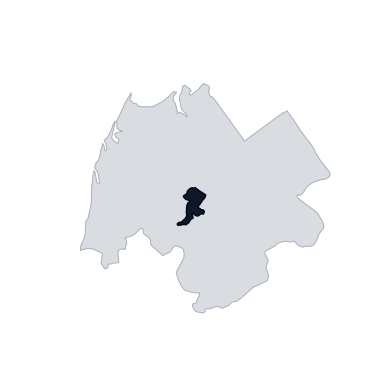 Offouè-Onoyè, Ogooué-Lolo, Gabon (highlighted), rotated 54°
{"feature_id": "22940354B26580795617541", "entity_name": "Offouè-Onoyè", "entity_type": "district", "adm_level": 2, "iso_a3": "GAB", "parent_name": "Gabon", "parent_adm1": "Ogooué-Lolo", "projection": "albers", "projection_center": [11.91, -1.081], "detail": "fine", "context": "in_parent", "style": "filled", "palette": "ink", "viewbox_px": 384, "rotation_deg": 54, "n_neighbors": 0, "source": "geoboundaries", "source_scale": "gbopen_adm2", "svg_char_len": 5990}
<svg xmlns="http://www.w3.org/2000/svg" viewBox="0 0 384 384"><g transform="rotate(54 192 192)"><path d="M260.4,73.0L260.2,75.8L257.0,82.7L255.5,87.9L255.1,93.6L256.0,98.1L257.5,101.3L258.5,104.8L257.8,107.3L256.2,108.3L257.3,109.5L259.6,109.8L263.5,108.8L269.6,106.9L277.6,104.2L282.8,102.8L291.4,103.7L296.1,104.7L298.4,106.6L300.9,114.7L302.2,116.0L304.3,119.4L306.0,123.5L306.4,125.6L306.2,127.1L304.4,129.4L302.5,132.6L301.8,134.6L300.1,136.1L298.0,137.5L292.2,138.1L291.4,139.0L289.7,142.5L286.7,145.4L285.3,148.2L284.1,151.9L284.3,156.6L283.7,163.2L283.0,167.7L284.6,169.3L291.4,170.4L292.8,171.3L294.6,174.1L296.9,176.7L303.2,178.4L305.7,180.4L307.7,182.6L307.9,184.4L306.5,191.7L305.1,198.6L305.6,203.9L306.1,208.9L306.8,216.3L306.5,220.8L304.7,223.5L304.7,225.7L305.5,228.3L303.9,235.4L302.9,236.6L300.1,238.0L298.6,239.9L298.1,242.9L296.6,247.0L295.0,248.5L295.0,250.5L296.5,251.9L296.5,254.0L293.7,256.6L292.0,258.5L288.3,259.5L284.0,258.5L283.0,257.0L284.0,254.8L283.6,253.0L282.2,251.2L279.9,246.4L277.9,245.3L276.7,247.3L273.2,251.0L267.1,255.6L262.8,256.0L254.8,254.6L248.1,252.3L245.0,246.8L243.0,242.3L240.2,237.0L237.0,234.5L233.6,232.9L232.0,232.8L227.2,235.7L225.7,236.9L225.7,239.3L226.2,241.6L226.9,242.7L227.6,244.2L227.4,246.5L226.6,249.6L226.3,253.0L211.0,256.3L208.3,255.1L206.4,253.6L204.1,253.8L197.4,255.6L195.0,254.4L192.6,253.5L191.5,254.2L191.4,255.7L192.5,263.6L192.1,266.6L190.6,270.6L189.9,273.3L193.9,274.0L195.4,275.3L196.8,277.3L198.8,279.2L198.9,280.3L196.7,282.4L195.9,284.9L197.0,286.9L199.7,289.0L203.8,291.2L205.7,292.6L205.5,293.9L203.7,296.7L203.0,299.1L201.7,301.2L201.9,303.1L203.8,304.9L203.6,306.6L202.3,307.8L199.8,307.5L197.7,307.7L195.8,307.2L189.8,300.9L188.5,300.7L179.9,305.6L177.7,307.6L176.0,310.4L173.6,316.6L169.6,313.0L166.2,306.4L162.3,302.4L154.0,295.8L151.7,291.0L142.2,280.4L128.5,269.8L118.6,260.6L117.1,258.6L118.8,258.8L128.3,263.4L129.6,262.9L130.7,261.8L126.6,259.4L122.7,257.6L119.0,256.4L115.3,256.5L113.2,254.5L111.8,251.6L111.2,249.0L109.5,246.4L104.3,240.9L103.0,238.8L100.1,236.0L101.9,235.6L107.5,238.3L108.0,237.2L107.5,235.6L101.8,233.0L98.8,232.8L98.1,231.0L98.5,228.9L94.4,220.9L90.2,215.0L89.5,212.1L100.9,225.1L102.4,225.3L104.4,225.2L109.1,223.7L108.2,222.0L106.1,220.1L104.0,221.0L101.3,221.2L99.9,220.4L99.3,219.1L102.0,212.8L100.8,213.1L100.0,214.2L98.5,214.7L96.2,215.1L90.7,211.7L85.7,202.6L84.4,200.8L83.1,197.6L81.8,196.3L76.1,183.4L78.3,184.3L80.8,188.1L85.9,187.3L87.8,185.1L89.5,185.2L91.3,184.7L93.5,182.6L99.9,173.7L101.6,162.0L101.0,155.0L100.0,148.1L102.1,145.9L103.0,147.3L103.4,149.8L104.4,151.6L106.7,153.2L111.0,153.6L117.6,156.2L119.9,157.8L120.6,154.6L128.1,151.8L125.8,150.8L119.1,151.9L109.8,147.8L106.8,145.1L103.9,140.1L100.9,137.5L101.1,135.2L107.8,133.0L109.5,133.2L110.2,135.8L112.0,136.9L112.7,136.5L113.0,134.3L113.0,128.4L111.0,119.9L111.6,118.3L113.4,117.7L115.0,116.6L116.1,116.3L118.4,116.6L119.5,118.5L120.1,119.6L122.4,120.1L124.3,121.1L125.9,120.8L127.2,119.6L129.2,119.4L135.2,119.4L140.7,119.4L151.6,119.4L162.5,119.4L173.5,119.5L181.7,119.5L181.6,114.6L181.6,107.2L181.5,98.3L181.5,89.8L181.4,82.0L181.4,72.8L181.8,70.1L182.4,69.0L182.2,67.5L190.6,67.4L206.0,68.1L212.7,68.0L214.6,68.1L222.9,67.6L229.7,68.2L232.6,68.9L235.2,69.2L243.3,69.6L253.9,69.1L257.5,69.2L259.5,70.5L260.4,73.0Z" fill="#d9dde1" stroke="#a8b0b8" stroke-width="1"/><path d="M190.4,186.8L190.3,187.4L190.2,187.8L190.0,188.0L189.7,188.3L189.7,188.6L189.5,188.9L189.1,189.0L188.8,189.3L188.5,189.8L188.4,190.2L188.3,190.8L188.1,191.6L188.2,192.7L188.4,194.4L188.6,195.0L189.0,195.7L189.4,196.1L189.8,196.6L190.1,197.2L190.3,198.0L190.4,198.8L190.4,199.4L190.3,199.8L190.1,200.1L190.1,200.3L190.2,200.8L190.4,201.3L190.6,201.5L190.9,201.7L191.4,201.7L192.0,201.7L192.5,201.6L193.1,201.5L193.7,201.3L194.3,201.2L194.7,201.0L195.1,200.8L195.9,200.0L196.4,199.8L196.7,199.6L197.1,199.2L197.5,199.2L197.8,199.0L198.0,198.9L198.3,199.0L198.4,199.7L198.4,200.3L198.4,201.1L198.5,201.8L198.7,202.3L199.1,202.8L199.6,203.4L199.8,203.8L200.1,204.3L201.2,205.3L203.1,206.8L204.3,207.7L205.2,208.6L205.7,208.8L206.1,208.9L206.6,209.1L206.9,209.3L207.3,209.6L207.7,210.0L208.2,210.4L208.6,211.0L209.0,211.7L209.4,212.5L209.5,213.2L209.5,213.7L209.6,214.4L209.7,215.3L209.8,215.8L209.9,216.3L210.0,216.8L210.0,217.4L210.0,218.3L209.9,218.9L209.7,219.3L209.6,219.6L209.4,220.0L209.2,220.2L208.9,220.6L208.9,221.0L208.9,221.3L209.0,221.7L209.1,222.1L209.3,222.5L209.3,222.8L209.8,222.9L210.3,223.0L210.7,223.0L211.5,221.6L212.0,220.7L212.2,220.1L212.5,219.5L212.8,218.8L213.2,218.0L213.6,217.3L214.3,216.7L214.8,216.3L214.9,216.0L215.0,215.4L214.9,214.4L214.9,213.5L214.9,212.8L214.7,212.2L214.6,211.7L214.3,211.2L214.0,210.6L213.8,210.1L213.6,209.7L213.5,209.3L213.6,206.4L213.3,206.2L212.9,206.0L212.6,206.0L212.1,205.9L211.8,205.7L211.4,205.5L211.1,205.3L210.4,205.2L210.0,205.0L209.8,204.8L209.7,204.4L209.9,204.0L210.3,203.7L210.7,203.5L211.2,203.4L212.0,203.3L212.5,203.1L212.9,202.8L213.2,202.6L213.7,202.5L214.0,202.3L214.3,202.1L214.6,201.6L214.9,200.9L215.0,200.5L214.9,199.6L214.9,198.4L215.0,197.6L215.2,197.2L215.4,196.8L215.8,196.4L216.1,196.2L216.4,195.9L216.3,195.4L216.2,195.2L215.9,195.0L215.7,194.8L215.5,194.3L215.5,194.1L215.2,193.8L214.9,193.6L214.3,193.4L213.9,193.4L213.5,193.4L213.2,193.6L212.9,193.8L212.6,194.1L212.2,194.6L211.4,195.1L210.6,195.3L210.2,195.3L209.9,195.5L209.5,195.6L209.1,195.8L208.6,195.9L208.1,195.8L207.8,195.7L207.4,195.4L207.1,195.0L207.0,194.5L206.9,193.8L206.9,193.4L206.6,192.7L206.2,192.4L206.0,192.1L206.0,191.7L205.9,191.1L205.9,190.5L205.8,190.2L205.6,189.8L205.3,189.5L205.1,189.2L205.0,188.9L204.9,188.5L204.8,188.0L204.6,187.5L204.5,187.0L204.5,186.4L204.4,185.6L203.9,184.8L203.6,184.2L203.3,183.7L202.9,183.1L202.6,182.7L201.4,183.0L200.4,183.4L199.1,183.9L198.2,184.2L196.8,184.8L196.0,185.2L195.1,185.5L194.2,185.7L193.3,186.0L192.7,186.2L192.1,186.4L191.6,186.6L191.1,186.7L190.4,186.8Z" fill="#0f172a" stroke="#020617" stroke-width="1.5"/></g></svg>